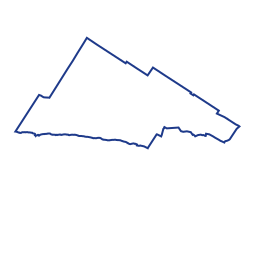 Wanneroo, Western Australia, Australia (Mercator projection), rotated 303°
{"feature_id": "25037944B9363307042095", "entity_name": "Wanneroo", "entity_type": "district", "adm_level": 2, "iso_a3": "AUS", "parent_name": "Australia", "parent_adm1": "Western Australia", "projection": "mercator", "projection_center": [115.695, -31.653], "detail": "fine", "context": "isolated", "style": "outline", "palette": "blue", "viewbox_px": 256, "rotation_deg": 303, "n_neighbors": 0, "source": "geoboundaries", "source_scale": "gbopen_adm2", "svg_char_len": 5047}
<svg xmlns="http://www.w3.org/2000/svg" viewBox="0 0 256 256"><g transform="rotate(303 128 128)"><path d="M181.2,44.4L174.9,44.6L163.0,44.8L154.2,45.1L144.6,45.1L110.6,45.6L110.5,45.3L110.3,44.9L109.9,44.3L108.3,41.5L107.9,40.7L107.8,40.4L107.8,40.2L107.7,39.0L107.8,38.1L107.8,37.6L107.3,35.4L63.7,35.5L64.1,36.3L64.1,36.5L64.3,37.0L64.3,37.3L64.5,37.6L64.5,37.8L64.5,38.4L64.5,38.6L64.7,38.8L64.9,39.1L64.9,39.3L65.1,39.8L65.0,40.1L65.2,40.4L65.5,40.7L65.6,40.9L65.9,41.1L66.3,41.3L66.6,41.4L67.1,41.9L67.3,42.2L67.4,42.4L67.5,42.6L67.6,42.8L67.7,43.0L67.9,43.2L68.1,43.5L68.3,43.7L68.4,43.9L68.5,44.3L68.8,44.6L69.1,45.0L69.7,45.8L69.8,46.1L70.0,46.6L70.0,46.8L70.3,47.3L70.5,47.6L70.7,47.9L70.8,48.0L70.9,48.3L71.0,48.5L71.2,48.9L71.2,49.1L71.4,49.5L71.5,49.6L71.6,49.8L71.7,50.2L71.8,50.3L71.7,50.5L71.7,50.8L71.8,51.5L71.9,51.8L72.1,52.0L72.3,52.6L72.4,53.0L72.3,53.4L72.0,53.7L71.7,54.0L71.3,54.2L71.4,53.9L71.3,54.0L71.2,54.0L71.2,54.3L71.3,54.7L71.5,54.9L71.5,55.0L72.0,55.6L72.5,55.8L72.9,56.0L73.2,56.2L73.3,56.4L73.4,56.6L73.3,56.9L73.1,57.5L73.4,57.7L73.8,57.8L74.2,57.9L74.7,58.2L75.2,58.6L75.5,58.9L75.7,59.1L76.3,59.7L76.9,60.4L77.3,61.1L77.6,61.3L77.7,61.6L78.1,62.0L78.7,62.9L79.0,63.2L79.2,63.3L79.4,63.6L79.8,63.9L80.3,64.7L80.4,64.8L80.8,65.5L80.8,65.8L80.9,66.0L80.8,66.6L80.8,66.8L80.8,67.0L80.9,67.3L80.9,67.5L81.3,68.2L81.3,68.4L81.3,68.5L81.6,68.8L82.0,69.5L82.2,69.9L82.6,70.4L82.6,70.6L82.7,70.8L82.7,71.0L82.7,71.3L82.9,71.5L83.0,71.5L83.4,71.8L83.6,72.0L83.6,72.4L83.8,72.5L84.2,73.1L84.3,73.2L84.8,73.7L84.9,73.8L85.4,74.4L85.5,74.6L85.7,75.0L85.8,75.2L85.8,75.4L85.7,75.4L85.9,75.9L86.0,76.0L86.4,76.3L86.5,76.5L87.3,77.2L87.5,77.5L87.8,77.8L88.0,78.1L88.2,78.3L88.4,78.6L88.5,78.9L88.8,79.4L88.9,79.6L89.0,80.1L89.3,80.6L89.5,80.8L89.7,81.1L89.8,81.3L89.8,81.5L89.7,81.6L89.7,81.8L89.9,82.5L90.0,82.6L90.1,82.8L90.8,83.4L91.1,83.8L91.3,84.0L91.6,84.3L92.0,84.9L92.1,85.0L92.3,85.4L92.4,85.6L92.5,85.8L92.7,86.1L92.8,86.3L92.9,86.5L93.1,86.6L93.2,86.8L93.4,87.1L93.7,87.7L93.8,87.9L93.8,88.1L94.0,88.5L94.1,88.9L94.2,89.2L94.5,90.2L94.5,90.5L94.4,90.6L94.5,90.9L94.8,91.6L95.0,91.9L95.1,92.1L95.4,92.4L95.7,93.0L95.9,93.2L96.1,93.7L96.3,94.1L96.6,94.8L96.9,95.2L97.2,96.0L97.2,96.3L97.5,97.0L97.7,97.4L98.1,98.2L98.4,98.6L98.7,99.2L98.9,99.7L99.1,100.1L99.3,100.7L99.4,100.9L99.7,101.6L99.8,101.8L99.8,102.0L100.0,102.6L100.2,102.9L100.2,103.3L100.3,103.5L100.5,104.4L100.6,104.6L100.9,104.8L101.0,104.9L101.6,106.1L101.8,106.4L102.1,106.9L102.5,107.3L102.8,107.5L103.3,108.1L103.4,108.3L103.8,108.7L104.0,109.1L104.4,109.8L104.5,110.0L104.5,110.4L104.6,110.8L104.6,111.4L104.5,112.4L104.5,112.6L104.7,113.1L104.7,113.3L104.7,113.5L104.9,113.7L104.9,113.9L105.1,114.3L105.3,114.6L105.5,115.0L105.7,115.4L105.9,115.8L106.3,116.7L106.5,117.3L106.7,117.9L107.0,118.3L107.2,118.5L107.6,119.2L107.8,119.3L108.1,119.7L108.3,119.9L108.4,120.0L108.7,120.4L109.3,121.0L109.9,121.9L110.0,122.1L110.3,122.5L110.7,123.0L110.9,123.2L111.0,123.3L111.3,123.8L111.5,124.3L111.5,124.6L111.6,124.8L112.0,125.4L112.1,125.7L112.3,126.1L112.8,126.8L113.1,127.5L113.3,127.8L113.4,128.1L113.5,128.2L113.5,128.3L113.6,128.7L113.7,129.1L113.7,129.3L113.8,129.8L113.9,130.1L113.9,130.3L114.0,130.4L114.1,130.9L114.3,131.6L114.3,131.8L114.9,133.2L115.0,133.5L115.1,133.8L115.2,134.7L115.2,134.8L115.2,135.1L115.3,135.8L115.2,135.9L115.3,136.0L115.3,136.3L115.3,137.2L115.3,137.4L115.3,137.6L115.4,138.0L115.7,138.7L115.8,138.8L116.0,139.0L116.5,139.4L116.9,139.8L117.4,140.3L117.7,140.6L118.0,140.9L118.1,141.2L118.2,141.5L118.3,141.7L118.3,141.9L118.3,142.1L118.6,142.4L118.6,142.5L118.8,142.9L118.9,143.3L118.9,143.7L118.9,143.8L119.0,144.0L118.8,144.3L118.9,144.5L119.0,144.7L118.8,144.9L118.4,144.9L118.3,144.7L118.2,144.8L118.4,145.1L118.5,145.7L118.8,146.4L118.9,146.7L119.1,147.0L119.5,147.4L120.0,147.8L120.0,148.1L120.3,148.7L120.5,149.3L120.7,149.7L120.9,150.4L121.1,150.8L121.2,151.2L121.3,151.3L121.4,151.9L121.5,152.8L121.6,153.8L121.7,154.5L121.7,155.0L121.8,155.6L122.2,155.5L138.3,155.5L138.5,155.9L138.6,156.6L138.8,158.3L139.0,160.4L140.9,160.0L141.4,159.8L146.3,158.2L146.5,158.1L146.8,158.2L147.3,158.4L147.9,158.1L148.3,158.0L148.6,158.0L148.8,160.7L155.9,170.1L154.5,173.4L154.2,174.2L154.9,176.4L157.3,179.2L158.7,182.9L157.5,185.9L158.0,186.1L158.0,187.7L157.6,188.9L160.4,190.7L160.5,190.9L162.1,192.7L162.4,194.2L163.0,194.8L163.3,195.4L163.4,197.0L163.6,197.4L163.7,197.5L165.7,196.6L166.9,199.5L167.0,199.8L167.0,200.2L167.3,204.1L167.3,206.2L167.6,210.7L167.6,212.6L167.8,213.5L168.3,216.7L168.8,216.6L169.2,216.6L169.4,216.6L169.8,216.7L170.0,216.8L170.3,217.1L171.1,217.9L171.5,218.2L172.9,219.1L173.5,219.3L174.0,219.5L174.3,219.5L175.6,219.5L186.4,219.6L186.9,219.7L190.0,220.6L190.1,219.7L190.1,219.3L189.7,216.4L189.7,215.7L189.7,207.9L189.8,206.6L189.7,206.6L189.7,203.0L189.6,202.3L188.5,194.7L192.0,194.7L192.1,165.0L191.0,165.0L191.0,161.6L192.2,161.6L192.2,131.6L192.3,116.0L182.8,115.8L182.8,103.2L182.9,90.8L181.0,90.8L181.0,57.2L181.2,44.4Z" fill="none" stroke="#1e3a8a" stroke-width="2"/></g></svg>